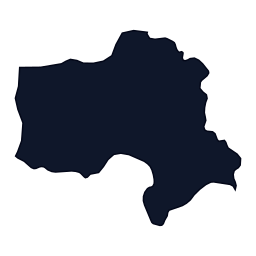 an SVG outline of Hakkari
{"feature_id": "TUR-3047", "entity_name": "Hakkari", "entity_type": "Province", "adm_level": 1, "iso_a3": "TUR", "parent_name": "Turkey", "parent_adm1": "", "projection": "equal_earth", "projection_center": [44.217, 37.441], "detail": "fine", "context": "isolated", "style": "filled", "palette": "ink", "viewbox_px": 256, "rotation_deg": 0, "n_neighbors": 0, "source": "natural_earth", "source_scale": "10m", "svg_char_len": 1797}
<svg xmlns="http://www.w3.org/2000/svg" viewBox="0 0 256 256"><path d="M33.9,168.6L31.3,167.5L24.1,161.2L17.7,157.9L15.6,156.1L17.7,151.8L21.7,140.8L23.0,122.9L17.9,109.3L15.4,98.2L18.6,86.3L19.7,67.5L40.7,67.3L61.5,63.8L65.9,61.3L70.4,59.4L76.9,60.5L83.3,63.2L93.4,63.3L103.4,61.2L111.9,55.7L116.0,44.6L122.3,33.1L133.6,30.6L147.3,32.3L146.9,33.9L149.6,38.4L155.0,39.3L165.1,38.1L167.0,38.7L172.6,41.5L174.3,42.7L175.2,44.6L175.8,47.0L176.7,49.5L178.4,51.9L179.6,52.3L180.7,51.9L181.7,51.7L182.9,52.6L183.0,53.6L182.4,56.9L182.3,58.2L183.4,60.5L185.6,60.7L188.1,59.8L190.1,58.6L194.4,58.1L198.7,60.2L202.6,63.8L208.4,71.1L208.7,73.0L207.1,75.7L201.7,80.3L200.4,82.1L199.8,88.3L202.9,92.0L206.4,94.8L207.1,98.4L205.6,102.5L204.6,107.6L204.3,112.7L205.2,116.9L205.8,120.4L203.7,126.6L204.7,129.9L206.8,131.2L212.6,131.8L215.0,133.7L217.2,139.6L218.7,141.3L224.4,140.4L225.8,142.3L226.8,145.2L228.1,148.0L237.1,154.1L240.6,158.5L240.2,165.1L238.3,167.7L236.2,169.0L234.2,170.7L233.2,174.4L233.7,178.6L235.2,182.1L236.1,185.6L235.2,189.6L233.2,186.1L230.1,184.4L213.7,181.9L210.8,182.1L205.8,184.6L199.7,189.3L194.1,194.8L190.3,199.9L186.4,203.2L182.3,205.6L169.0,210.2L167.7,212.5L167.2,215.8L164.7,220.2L163.3,223.7L161.8,225.2L159.8,225.4L153.3,223.6L151.9,222.4L150.9,220.2L144.6,205.1L143.4,200.8L143.5,196.4L144.9,192.2L147.5,188.6L149.5,187.4L151.3,187.1L152.8,186.3L154.1,183.9L154.3,181.9L154.2,179.3L153.4,174.8L152.0,170.0L150.2,166.4L147.6,163.7L144.1,161.2L129.0,154.6L126.1,154.1L120.8,153.2L113.8,154.4L108.0,159.5L103.4,166.6L98.6,172.5L90.2,174.1L87.4,177.1L85.4,177.7L84.3,176.9L80.9,173.4L79.4,172.3L75.7,171.3L71.6,170.9L55.5,172.0L51.8,171.5L47.8,169.8L45.0,167.5L43.7,166.8L41.7,166.5L39.7,166.8L35.9,168.4L33.9,168.6Z" fill="#0f172a" stroke="#020617" stroke-width="1.5"/></svg>